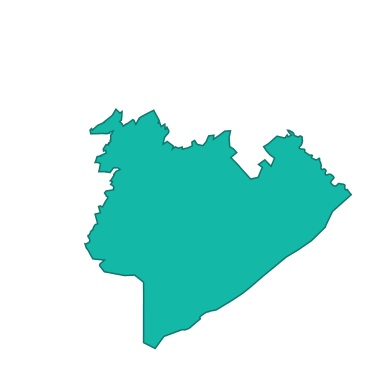 Ehlanzeni, Mpumalanga, South Africa, rotated 54°
{"feature_id": "47623444B37290189898198", "entity_name": "Ehlanzeni", "entity_type": "district", "adm_level": 2, "iso_a3": "ZAF", "parent_name": "South Africa", "parent_adm1": "Mpumalanga", "projection": "robinson", "projection_center": [30.857, -24.99], "detail": "fine", "context": "isolated", "style": "filled", "palette": "teal", "viewbox_px": 384, "rotation_deg": 54, "n_neighbors": 0, "source": "geoboundaries", "source_scale": "gbopen_adm2", "svg_char_len": 5783}
<svg xmlns="http://www.w3.org/2000/svg" viewBox="0 0 384 384"><g transform="rotate(54 192 192)"><path d="M287.7,64.7L284.3,65.0L283.4,64.9L282.9,65.0L282.1,65.0L281.7,64.9L281.3,64.9L281.0,65.2L280.9,65.5L281.0,65.8L280.9,66.2L280.7,66.5L279.9,66.6L279.6,66.5L279.0,66.3L278.7,65.9L278.4,65.8L277.9,65.7L277.6,65.2L277.2,65.0L276.6,64.4L276.4,64.3L276.0,64.3L275.3,64.6L275.0,64.7L274.6,65.1L274.1,65.6L273.6,66.1L273.3,66.4L272.7,67.1L272.5,67.3L271.7,67.8L271.4,68.1L271.3,68.5L271.3,69.0L271.5,69.9L271.5,70.3L271.7,70.7L271.7,71.6L271.5,72.5L271.1,73.0L270.5,73.4L269.7,73.9L267.8,74.3L266.6,74.3L265.8,74.2L265.4,73.8L265.3,73.6L265.2,73.0L265.0,72.7L264.9,72.4L264.8,72.1L264.6,71.1L264.5,70.6L264.4,70.2L264.3,69.8L264.2,69.3L263.9,68.8L263.6,68.6L263.2,68.5L262.4,68.5L261.0,68.8L260.3,68.9L259.6,69.2L259.0,69.6L258.2,70.6L258.0,71.0L257.8,71.3L257.7,71.8L257.7,72.4L257.6,72.7L257.4,73.1L256.7,73.7L256.5,73.8L256.2,73.8L255.3,73.4L254.6,72.6L254.2,72.0L253.9,71.4L253.6,71.0L253.3,70.9L252.5,70.9L251.5,71.2L251.1,71.4L250.9,71.7L250.7,72.0L250.6,72.4L250.6,73.1L250.5,73.5L250.0,73.7L249.3,73.9L249.0,73.8L248.1,73.5L247.9,73.3L246.9,72.1L246.4,71.8L245.9,71.7L245.1,71.3L243.9,70.7L242.7,70.5L241.8,70.4L241.4,70.3L240.7,69.6L240.4,69.4L240.1,69.2L239.4,69.3L239.4,69.8L239.4,71.5L239.2,72.0L238.9,72.6L238.3,73.3L238.0,73.6L237.1,73.8L236.7,74.1L235.9,74.6L234.8,75.2L234.5,75.2L234.1,75.0L233.9,74.6L233.6,73.8L233.5,73.3L233.1,73.2L232.7,73.3L232.1,74.0L231.5,74.8L231.1,75.3L230.6,75.7L229.4,75.9L228.7,76.2L228.0,76.5L227.4,76.7L227.0,76.8L226.3,77.1L226.0,77.2L225.5,77.0L225.1,76.8L224.6,76.2L224.2,76.0L223.6,75.9L223.3,76.1L222.7,76.8L222.2,77.5L221.3,78.5L220.1,79.3L219.4,79.5L219.1,79.3L218.8,79.0L218.6,78.0L218.4,77.1L218.3,76.2L218.1,75.7L217.8,75.2L217.3,74.6L216.9,74.0L216.2,73.2L215.3,72.4L214.9,72.2L214.4,72.0L213.8,71.9L213.5,71.7L213.3,71.5L212.8,70.8L212.5,70.6L212.4,70.6L212.1,70.6L211.9,70.7L210.8,71.1L210.5,71.3L210.2,71.6L210.0,72.3L210.0,72.8L209.9,73.0L210.0,73.4L210.0,73.8L209.9,74.1L209.3,74.2L209.1,74.3L208.0,75.0L207.8,75.2L207.5,75.4L207.4,75.5L205.9,76.0L205.6,76.0L205.4,75.9L204.9,75.4L204.5,75.3L204.2,75.3L203.1,75.6L202.4,75.6L202.1,75.7L201.8,76.1L201.6,76.2L201.0,76.4L200.1,76.8L199.7,77.0L199.2,77.2L198.6,78.0L198.4,78.2L198.3,78.3L200.7,78.6L204.5,78.1L203.9,81.8L201.8,81.5L203.0,85.1L200.0,87.7L196.8,90.4L197.3,96.0L197.9,101.1L197.6,106.1L197.4,107.4L202.5,107.6L208.0,107.0L209.4,106.5L213.1,105.3L213.9,106.5L216.3,110.6L217.7,112.9L208.8,114.2L208.8,122.0L213.5,120.6L215.2,123.7L219.0,129.8L216.0,137.0L213.8,137.2L209.6,137.6L203.4,138.3L202.2,138.4L200.7,138.6L197.2,138.8L191.8,139.6L186.9,140.3L186.4,132.6L182.0,133.1L181.4,133.2L177.4,134.8L172.5,131.7L169.8,130.0L169.5,129.8L168.0,128.1L165.1,124.9L162.0,129.8L162.2,136.0L162.1,139.3L162.0,143.7L158.9,140.9L156.4,145.6L156.6,145.9L159.7,151.1L160.9,155.9L157.1,159.4L156.4,159.8L151.8,159.6L151.5,162.7L154.8,164.7L153.9,169.4L151.6,174.6L149.8,173.5L148.7,177.1L145.9,178.9L145.6,179.0L145.8,182.7L143.8,180.1L141.9,180.7L136.5,182.4L136.5,183.6L136.5,184.1L136.4,185.1L136.3,187.3L135.7,186.7L135.2,186.1L133.9,184.7L131.7,182.1L130.2,176.0L128.8,174.8L124.9,174.2L125.0,174.4L125.1,174.5L125.0,174.8L125.0,175.0L124.9,175.4L124.9,175.5L125.1,175.7L125.2,175.8L125.4,175.6L125.5,175.6L125.7,175.9L125.7,176.1L125.9,176.5L125.7,176.9L121.1,174.1L121.0,176.3L121.0,177.1L120.9,178.5L117.0,177.4L116.4,177.1L116.2,177.2L116.1,177.3L116.3,177.7L116.3,177.9L116.3,178.1L116.5,178.2L116.5,178.3L116.5,178.5L116.1,178.4L116.1,178.7L115.9,178.6L115.9,178.2L114.9,176.5L109.4,175.8L104.1,175.1L103.4,174.9L102.0,183.4L101.2,189.4L101.2,189.7L101.3,191.8L102.1,191.9L102.1,193.1L103.5,196.1L104.0,197.1L104.2,197.8L99.9,196.8L98.7,197.3L98.7,204.6L98.3,204.8L98.3,208.9L95.8,208.5L92.5,209.1L92.4,206.9L88.8,203.7L85.8,201.3L85.8,203.9L80.3,204.9L82.1,208.9L83.2,211.5L83.7,222.5L84.0,222.4L83.6,224.8L82.7,228.6L83.3,236.3L81.6,236.0L82.0,238.1L85.4,239.7L90.2,232.8L91.7,230.4L93.8,228.0L94.2,226.8L94.8,226.7L95.9,223.9L95.2,223.8L95.8,221.7L96.3,220.1L98.0,223.1L98.2,224.3L101.8,227.0L102.2,227.9L103.0,227.8L103.4,228.1L103.3,230.4L103.8,231.4L104.0,230.5L104.7,232.3L103.1,233.7L103.6,234.8L105.0,238.4L105.8,239.0L106.9,239.5L107.4,237.4L110.0,238.4L109.5,241.1L108.7,245.2L109.1,245.0L107.6,247.9L107.8,248.2L108.7,249.5L109.9,251.0L111.2,253.1L113.0,250.5L115.4,249.5L118.9,253.2L120.8,255.5L124.8,249.9L124.9,250.1L128.1,246.8L126.3,241.4L128.8,237.8L131.5,236.9L130.7,241.4L130.8,241.7L131.8,245.1L132.6,245.2L134.8,250.5L134.9,251.6L137.0,250.3L138.1,253.4L140.4,252.2L141.8,252.4L142.4,252.6L143.2,253.7L143.8,253.7L144.1,254.1L143.1,256.2L142.9,256.5L140.7,261.0L141.4,263.4L144.3,263.5L145.0,263.7L146.4,263.0L147.2,263.3L149.0,268.1L151.4,272.9L150.7,273.8L149.5,274.1L148.8,276.1L155.0,278.4L152.9,283.4L162.3,287.0L162.0,287.9L161.5,289.3L162.0,291.0L163.0,293.0L164.4,294.2L164.4,294.6L164.1,294.9L164.4,297.3L165.4,298.4L166.4,300.8L166.0,301.4L166.7,302.3L169.2,302.4L171.1,303.1L172.1,304.1L171.9,308.3L171.0,309.0L175.0,310.4L178.3,310.3L183.1,311.0L187.8,311.5L187.9,311.4L189.7,309.4L189.8,309.4L192.7,306.1L195.6,302.8L195.9,305.1L196.1,308.7L197.3,310.1L205.0,309.8L219.9,295.7L225.6,287.2L236.5,284.2L249.9,293.8L256.8,298.9L285.4,319.7L296.9,313.8L292.3,299.6L297.5,281.0L299.4,278.8L300.5,274.9L300.5,272.4L300.0,267.3L299.5,259.8L297.9,259.5L297.5,257.7L297.5,255.7L297.5,253.3L297.6,252.3L297.7,251.0L298.8,248.6L298.7,248.5L298.7,248.3L298.8,247.8L298.9,247.5L301.4,242.3L301.5,242.0L301.6,241.6L302.4,232.4L303.1,223.8L303.5,216.4L303.7,210.0L303.3,201.5L301.8,183.7L300.0,154.0L301.2,139.5L301.6,124.2L298.8,104.9L298.2,104.3L290.3,89.8L288.0,66.8L287.7,64.7Z" fill="#14b8a6" stroke="#0f766e" stroke-width="1.5"/></g></svg>